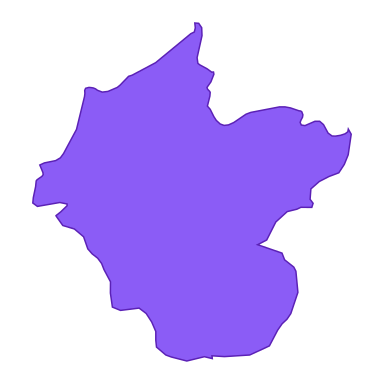 map outline of Louang Namtha (Mercator projection)
{"feature_id": "LAO-3272", "entity_name": "Louang Namtha", "entity_type": "Province", "adm_level": 1, "iso_a3": "LAO", "parent_name": "Laos", "parent_adm1": "", "projection": "mercator", "projection_center": [101.159, 20.926], "detail": "fine", "context": "isolated", "style": "filled", "palette": "violet", "viewbox_px": 384, "rotation_deg": 0, "n_neighbors": 0, "source": "natural_earth", "source_scale": "10m", "svg_char_len": 1774}
<svg xmlns="http://www.w3.org/2000/svg" viewBox="0 0 384 384"><path d="M194.8,23.0L198.7,23.3L201.7,27.7L202.0,35.7L197.1,57.7L197.9,63.4L199.9,64.9L207.1,68.8L211.8,72.2L212.9,72.0L213.5,72.0L213.9,74.2L210.9,81.9L207.0,87.4L207.5,89.1L209.7,91.4L210.2,92.4L209.9,96.1L207.4,106.1L210.2,109.3L213.9,116.7L216.3,120.4L220.2,124.0L224.1,125.4L228.5,124.9L233.8,122.5L246.0,114.2L250.8,112.4L279.4,106.9L285.1,106.9L290.5,107.9L299.0,110.8L300.7,111.0L301.8,111.8L302.9,114.8L302.5,117.3L301.1,119.9L300.1,122.4L301.3,125.0L305.0,125.6L314.9,121.3L319.7,121.3L323.5,124.6L328.1,133.1L332.1,136.0L335.5,136.1L340.5,135.3L345.1,133.8L347.8,131.8L348.3,129.1L351.2,134.2L348.2,154.8L344.3,164.4L338.8,172.8L329.0,176.5L319.3,181.5L310.9,188.9L310.1,199.3L313.1,203.3L311.8,207.4L300.9,207.3L296.9,209.2L287.2,211.6L275.8,222.0L266.7,240.0L257.6,244.7L282.0,253.1L284.6,259.8L293.8,267.1L295.9,271.2L297.9,292.4L290.8,313.6L287.0,319.2L282.1,323.8L277.7,330.1L269.4,345.9L249.7,355.0L224.4,356.6L212.0,355.8L212.3,358.6L204.4,356.7L186.8,361.0L171.3,357.0L165.8,355.0L156.5,347.1L155.8,340.3L155.8,331.5L151.7,322.0L146.2,313.5L139.1,308.1L120.5,310.4L112.4,307.1L110.4,293.1L110.5,281.8L104.0,269.6L101.6,263.5L97.7,258.2L92.2,253.9L87.8,248.9L83.6,236.8L74.4,229.0L62.8,225.5L56.2,216.2L56.0,215.6L60.7,211.9L67.1,205.7L67.1,204.0L59.8,202.5L37.4,206.4L32.8,203.0L33.3,197.7L35.6,186.7L36.2,180.9L37.2,179.6L41.9,176.4L43.2,174.6L42.9,172.5L39.8,165.0L44.4,162.9L55.7,160.6L60.4,157.8L63.5,153.6L76.5,129.4L84.5,96.6L84.9,93.4L84.7,90.4L85.6,88.3L88.9,87.4L91.2,87.6L93.5,88.0L95.6,88.9L97.5,90.3L102.3,92.1L108.0,91.4L117.3,87.4L120.1,85.1L128.6,76.3L132.1,75.2L155.6,62.7L190.8,33.7L194.3,32.0L195.3,27.9L194.8,23.0Z" fill="#8b5cf6" stroke="#5b21b6" stroke-width="1.5"/></svg>